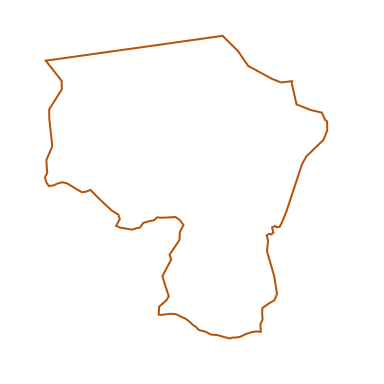 Gambo, Mbomou, Central African Republic (orthographic projection), rotated 352°
{"feature_id": "33826404B57857240211029", "entity_name": "Gambo", "entity_type": "district", "adm_level": 2, "iso_a3": "CAF", "parent_name": "Central African Republic", "parent_adm1": "Mbomou", "projection": "orthographic", "projection_center": [22.185, 4.592], "detail": "fine", "context": "isolated", "style": "outline", "palette": "amber", "viewbox_px": 384, "rotation_deg": 352, "n_neighbors": 0, "source": "geoboundaries", "source_scale": "gbopen_adm2", "svg_char_len": 1773}
<svg xmlns="http://www.w3.org/2000/svg" viewBox="0 0 384 384"><g transform="rotate(352 192 192)"><path d="M306.5,96.2L295.4,95.9L286.5,90.8L265.2,75.0L257.1,58.8L244.0,41.6L65.5,41.6L69.6,48.7L78.4,63.9L77.3,72.3L62.1,90.2L60.9,99.2L60.0,127.3L52.3,140.0L51.6,147.4L51.3,153.0L48.4,157.2L49.3,162.7L50.3,164.6L51.1,166.2L56.5,166.1L59.4,165.0L64.5,164.3L69.1,165.8L73.2,169.1L78.9,173.8L83.1,177.0L87.2,176.9L91.7,175.8L100.2,187.2L110.1,199.3L115.9,204.1L116.7,208.9L112.1,215.0L115.9,217.3L127.1,220.8L135.7,219.9L139.3,215.9L145.7,214.9L150.5,214.7L154.0,212.2L157.9,213.2L163.5,213.8L172.2,214.5L176.0,218.1L179.0,223.5L174.4,230.0L172.9,237.8L161.1,250.9L161.9,256.2L151.0,271.1L152.4,280.5L154.5,292.0L151.8,295.5L147.6,298.3L143.5,300.9L142.0,308.8L144.2,309.4L146.3,309.5L148.6,309.5L150.4,309.5L152.2,309.5L154.3,309.8L156.1,310.0L158.5,310.6L160.2,311.4L162.6,313.1L165.8,315.3L167.6,316.3L169.2,317.7L171.0,319.7L173.0,322.0L174.3,323.7L176.0,325.2L177.4,326.4L178.4,328.2L180.1,329.9L185.5,332.0L187.9,333.6L189.5,334.8L191.0,335.8L193.3,336.4L195.1,336.6L197.6,337.4L200.2,338.5L202.0,339.4L203.8,340.3L206.3,341.1L208.3,342.1L209.5,342.4L210.5,342.0L211.7,341.8L214.0,342.1L216.1,342.2L218.8,342.1L220.2,341.9L221.9,341.4L224.1,340.6L226.6,340.0L229.5,339.4L232.7,339.1L235.4,339.0L237.5,339.2L240.7,340.0L241.3,332.6L244.2,327.9L244.5,322.2L245.5,316.7L252.3,313.2L258.5,310.7L262.0,304.9L261.7,286.7L258.0,261.2L260.6,250.7L259.9,245.3L262.5,244.2L264.6,245.0L267.0,243.6L266.6,241.1L266.4,238.2L269.6,237.1L270.8,238.7L273.9,238.8L277.0,234.4L282.9,224.2L304.8,179.8L310.1,172.7L329.4,158.7L334.5,150.0L335.1,144.7L335.6,140.9L333.8,139.1L331.7,131.5L321.1,127.4L307.7,119.8L305.9,98.3L306.5,96.2Z" fill="none" stroke="#b45309" stroke-width="2"/></g></svg>